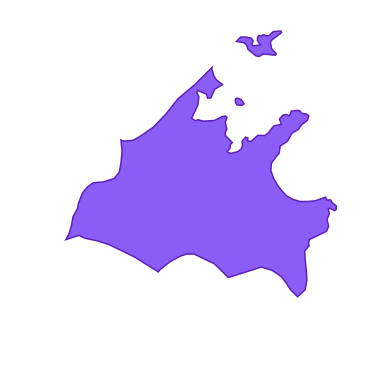 outline of Unryul, Hwanghae-namdo, North Korea, rotated 72°
{"feature_id": "82179303B17598108149664", "entity_name": "Unryul", "entity_type": "district", "adm_level": 2, "iso_a3": "PRK", "parent_name": "North Korea", "parent_adm1": "Hwanghae-namdo", "projection": "albers", "projection_center": [125.137, 38.511], "detail": "fine", "context": "isolated", "style": "filled", "palette": "violet", "viewbox_px": 384, "rotation_deg": 72, "n_neighbors": 0, "source": "geoboundaries", "source_scale": "gbopen_adm2", "svg_char_len": 2266}
<svg xmlns="http://www.w3.org/2000/svg" viewBox="0 0 384 384"><g transform="rotate(72 192 192)"><path d="M275.8,188.4L284.6,183.8L284.6,179.2L284.7,165.4L284.8,158.5L284.8,149.2L291.4,140.0L300.2,133.1L306.8,130.8L315.5,128.5L324.3,123.9L320.0,114.7L311.3,110.0L302.6,107.7L291.7,105.4L283.0,103.1L279.3,97.2L276.6,97.0L273.5,94.9L270.9,76.2L266.7,72.6L259.9,72.1L255.3,68.3L250.4,67.6L250.0,65.8L253.8,62.4L253.3,60.4L250.0,59.0L245.4,62.0L242.5,62.5L241.0,66.6L238.2,66.6L238.3,73.1L238.5,77.5L236.7,85.1L234.4,92.3L230.0,98.5L224.4,103.6L218.9,106.1L212.6,108.3L205.1,110.1L196.2,110.4L189.1,107.6L184.1,100.5L182.0,97.1L175.6,94.0L173.3,85.7L167.1,78.9L165.3,71.4L161.9,66.9L159.5,60.1L155.6,57.3L153.1,59.2L151.0,63.5L149.2,64.0L148.3,64.2L146.9,66.4L145.8,72.6L149.6,75.7L147.2,78.9L147.0,81.7L149.6,86.3L155.3,86.0L154.4,93.8L159.5,101.4L160.8,105.3L158.5,111.9L162.1,120.3L160.3,123.6L158.1,122.1L156.3,124.1L159.4,128.8L163.8,129.7L166.3,132.1L167.8,135.9L167.3,143.3L164.7,146.2L162.2,142.3L158.8,141.0L157.4,138.4L148.6,142.8L145.3,141.7L143.3,139.5L135.9,138.8L131.7,135.6L130.1,136.7L129.5,140.0L130.9,148.5L128.1,159.4L125.1,163.9L125.3,166.5L121.9,169.7L111.1,159.5L103.4,156.0L98.5,156.7L97.3,155.1L103.5,148.0L107.6,148.1L108.3,144.9L101.4,138.7L99.2,129.8L92.8,134.2L90.8,134.7L88.1,135.3L81.7,135.2L79.7,134.4L90.5,155.7L99.0,176.5L109.8,192.7L118.4,208.8L122.6,222.7L124.7,231.9L122.5,241.2L120.6,243.5L131.2,245.8L142.1,250.4L150.8,255.1L155.1,262.0L155.0,273.5L152.7,282.8L154.8,289.7L159.2,296.6L167.9,303.6L172.2,305.9L178.7,312.8L187.4,317.4L194.0,322.1L198.3,326.7L198.3,322.1L198.4,312.8L202.8,308.2L209.5,296.7L216.1,287.5L224.9,278.3L236.0,266.8L257.6,248.7L255.8,246.1L251.5,234.5L249.4,223.0L249.4,216.1L251.7,209.2L258.3,202.2L267.1,193.0L275.8,188.4ZM73.9,71.2L73.2,70.4L72.0,69.0L68.1,57.6L66.3,57.7L64.6,65.2L67.3,70.9L64.4,75.8L65.0,78.1L63.8,79.9L64.9,81.7L68.4,83.0L73.2,81.4L73.2,82.2L71.8,88.9L70.0,89.4L67.3,87.2L64.2,87.9L61.2,93.0L59.7,97.9L62.5,103.2L66.2,96.4L69.0,94.7L73.1,94.6L73.8,94.6L82.0,89.3L83.8,86.7L82.9,81.2L87.6,70.7L86.6,69.1L80.5,72.0L73.9,71.2ZM123.0,122.4L125.0,117.6L124.3,115.2L119.4,116.5L116.6,120.0L116.9,121.9L119.6,123.0L123.0,122.4Z" fill="#8b5cf6" stroke="#5b21b6" stroke-width="1.5"/></g></svg>